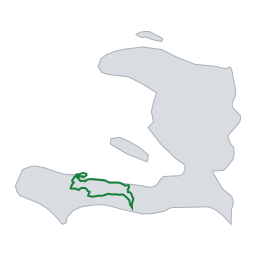 Nippes highlighted on a map of Haiti
{"feature_id": "HTI-1360", "entity_name": "Nippes", "entity_type": "Department", "adm_level": 1, "iso_a3": "HTI", "parent_name": "Haiti", "parent_adm1": "", "projection": "natural_earth1", "projection_center": [-73.453, 18.404], "detail": "fine", "context": "in_parent", "style": "outline", "palette": "green", "viewbox_px": 256, "rotation_deg": 0, "n_neighbors": 0, "source": "natural_earth", "source_scale": "10m", "svg_char_len": 2495}
<svg xmlns="http://www.w3.org/2000/svg" viewBox="0 0 256 256"><path d="M229.9,66.8L231.6,69.6L235.3,88.5L235.7,94.6L232.0,103.8L232.6,107.4L240.5,115.8L240.6,118.9L239.7,122.0L233.0,130.0L227.8,135.5L229.5,141.8L233.7,147.8L234.2,152.8L233.0,159.4L226.5,167.6L223.2,170.5L213.6,170.9L212.5,172.0L217.3,180.1L222.7,189.1L231.6,196.2L233.6,202.8L231.5,209.1L231.1,224.5L224.4,217.0L216.9,210.7L212.5,208.3L207.9,206.8L172.5,207.6L168.6,208.6L165.5,210.7L162.2,211.7L152.5,213.6L142.8,214.0L120.3,208.9L111.3,206.3L102.4,204.6L92.0,205.2L81.7,206.7L73.5,210.4L67.3,216.8L66.2,222.8L62.5,224.3L54.2,214.8L46.6,208.0L37.9,202.9L20.0,195.7L16.8,191.3L15.4,185.9L22.6,169.5L30.8,166.5L35.3,166.0L45.4,168.0L55.3,171.7L64.4,174.2L78.3,175.1L85.9,179.1L139.6,185.4L149.8,187.4L153.7,186.7L157.2,184.2L160.1,179.8L163.4,176.5L179.3,175.7L182.6,174.3L185.0,169.6L184.9,164.8L175.5,158.4L160.9,144.2L148.0,127.5L153.5,121.9L151.4,111.6L153.5,102.1L156.5,92.8L143.8,84.8L128.7,76.9L107.9,74.4L101.5,72.3L98.1,66.4L101.1,58.4L107.9,53.9L115.6,51.2L123.6,49.3L142.7,47.0L161.7,49.6L178.2,57.8L194.9,64.3L216.0,66.4L225.5,68.8L229.9,66.8ZM148.5,155.2L147.1,161.8L126.8,153.9L110.3,144.0L111.0,138.6L119.4,137.3L127.5,140.6L139.4,147.3L148.5,155.2ZM159.6,36.7L162.8,38.9L161.6,41.6L153.6,39.9L145.3,36.9L142.5,37.7L140.9,37.3L136.0,34.4L140.3,32.2L144.7,31.5L149.5,31.6L159.6,36.7Z" fill="#d9dde1" stroke="#a8b0b8" stroke-width="1"/><path d="M74.2,177.1L75.0,176.5L75.3,176.3L75.4,176.0L76.4,174.6L76.9,174.3L77.6,174.3L78.2,174.4L78.9,174.3L82.5,173.2L83.5,173.0L86.3,173.8L86.4,175.4L84.8,176.6L82.7,176.3L82.7,176.9L80.9,176.2L79.4,176.0L77.9,176.2L76.1,176.9L76.7,177.3L78.0,178.1L79.3,178.4L79.4,179.0L79.3,179.7L79.7,180.4L81.1,181.1L83.6,180.7L84.9,181.4L87.7,179.5L91.1,179.0L103.7,180.1L105.3,180.5L108.5,182.3L110.2,182.7L116.6,182.5L119.7,182.8L122.5,184.0L124.0,184.9L125.2,185.5L126.5,185.6L128.6,185.2L129.0,186.2L129.0,187.3L127.8,189.7L128.0,192.2L130.0,192.3L131.4,193.9L131.9,196.1L133.2,197.9L132.9,200.7L131.9,203.3L131.9,205.4L132.0,207.5L130.0,204.4L129.4,200.3L126.8,197.6L123.8,194.9L121.9,194.3L120.0,194.9L118.0,194.6L115.9,194.3L111.7,194.4L107.6,193.8L105.1,194.9L102.2,195.8L99.7,195.7L97.2,195.9L92.1,196.8L88.1,195.7L88.9,193.7L89.6,192.0L87.8,191.0L86.7,189.4L85.3,188.1L83.1,187.9L80.6,188.3L78.8,190.0L77.4,189.5L75.8,188.6L73.2,188.7L70.6,188.3L72.0,184.7L73.8,182.5L72.5,181.8L72.1,180.5L73.5,178.7L74.2,177.1L74.2,177.1Z" fill="none" stroke="#15803d" stroke-width="2"/></svg>